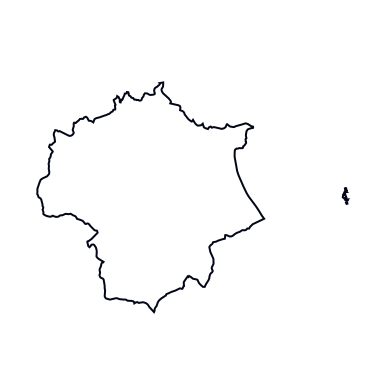 the district of Cam Lam, Khánh Hòa, Vietnam, rotated 351°
{"feature_id": "81297802B15274858883665", "entity_name": "Cam Lam", "entity_type": "district", "adm_level": 2, "iso_a3": "VNM", "parent_name": "Vietnam", "parent_adm1": "Khánh Hòa", "projection": "albers", "projection_center": [109.135, 12.074], "detail": "fine", "context": "isolated", "style": "outline", "palette": "ink", "viewbox_px": 384, "rotation_deg": 351, "n_neighbors": 0, "source": "geoboundaries", "source_scale": "gbopen_adm2", "svg_char_len": 5912}
<svg xmlns="http://www.w3.org/2000/svg" viewBox="0 0 384 384"><g transform="rotate(351 192 192)"><path d="M262.5,137.0L261.0,136.4L257.9,133.7L256.0,132.7L255.3,132.6L251.4,133.2L246.9,133.7L245.3,133.9L244.0,134.4L243.2,134.4L239.9,133.3L239.2,132.7L238.5,131.8L237.2,130.5L236.9,130.6L235.5,133.0L234.0,133.9L232.3,134.3L231.4,134.3L230.7,134.1L224.1,131.4L223.1,131.3L221.8,131.6L221.5,131.5L221.0,130.5L220.7,130.3L218.9,130.8L217.6,132.3L215.1,131.0L214.2,130.2L213.8,129.7L213.3,126.2L211.6,127.4L210.2,127.5L208.7,127.4L207.8,127.2L206.3,125.5L205.1,123.1L204.3,120.9L203.0,122.3L202.3,122.2L199.8,119.5L196.9,114.2L196.7,112.7L196.4,111.9L195.4,110.7L193.0,109.3L193.8,106.7L193.4,105.1L192.3,104.3L184.4,101.1L185.2,100.0L185.3,99.6L184.9,98.1L183.6,95.9L178.9,90.0L178.2,88.5L177.9,87.3L177.9,86.1L178.3,85.3L179.8,83.5L180.1,82.5L180.7,79.3L177.0,79.4L177.4,80.0L176.5,81.1L175.6,81.5L174.2,82.5L172.4,83.2L171.3,83.9L170.6,85.5L170.4,86.3L170.7,88.7L170.5,89.3L170.1,89.6L169.0,89.8L166.4,89.7L165.2,89.3L163.2,87.7L162.4,87.4L160.9,87.2L159.8,88.3L158.9,90.1L157.3,91.5L156.6,93.1L155.7,93.6L154.3,93.5L153.1,92.6L151.8,92.6L150.8,91.9L149.6,91.8L149.2,91.4L148.6,90.0L147.0,89.4L146.1,87.7L145.0,87.0L144.8,86.6L144.9,84.5L144.7,83.5L143.3,83.1L142.8,84.4L141.0,84.3L140.1,86.3L139.2,87.4L137.9,89.7L137.5,90.1L136.9,89.7L136.7,89.8L136.3,90.2L135.7,92.1L135.5,92.4L135.1,92.3L134.8,91.8L134.8,90.9L135.2,89.6L135.2,89.1L134.5,87.9L134.5,86.9L133.1,85.6L132.7,86.6L132.1,87.4L130.2,88.4L129.2,88.7L129.0,89.3L130.1,94.0L129.4,94.4L129.2,98.2L129.0,98.5L127.2,98.5L126.9,99.2L126.2,100.0L124.6,100.5L122.7,101.8L121.0,102.1L119.3,102.6L118.2,102.7L112.4,103.8L109.0,104.1L107.2,104.7L105.4,107.8L103.9,106.4L103.1,106.0L101.2,105.4L100.2,102.4L99.7,101.7L99.0,101.1L98.6,101.1L96.9,101.6L96.3,102.4L95.7,102.8L94.5,102.4L92.6,102.4L91.2,103.7L89.3,104.7L87.9,105.7L87.2,105.3L86.4,105.1L86.0,105.6L85.8,106.2L85.5,108.6L83.9,111.9L84.4,114.6L84.4,115.2L84.1,115.7L83.4,116.4L82.2,117.2L80.9,117.5L79.9,117.4L79.1,117.1L70.7,111.1L69.5,111.3L69.1,111.1L68.2,110.0L66.6,109.5L65.9,110.8L64.9,112.1L64.6,112.9L64.4,114.0L64.7,116.6L64.6,120.8L64.2,121.2L62.6,122.0L60.8,123.4L59.0,123.0L57.8,125.2L60.8,130.1L60.8,130.4L58.6,132.6L58.0,134.6L57.5,135.6L56.1,137.0L55.9,139.4L54.8,141.6L54.8,143.9L54.1,146.9L54.2,149.6L53.9,151.2L53.6,151.9L51.4,153.8L46.6,155.2L44.5,156.2L42.9,158.7L39.8,164.7L39.2,168.3L38.8,169.9L39.4,171.2L39.5,172.8L39.8,173.3L41.3,174.5L41.9,175.9L42.4,180.8L42.2,182.5L42.7,183.8L42.6,184.5L41.7,186.0L42.1,188.4L41.9,189.9L41.7,190.3L42.2,191.1L44.1,192.6L45.3,193.2L47.7,194.2L49.5,194.2L50.2,193.7L50.9,193.7L52.4,194.7L53.6,195.2L55.1,195.5L56.2,195.4L58.0,194.5L60.3,194.7L63.3,193.9L64.4,193.9L65.9,194.4L67.0,194.6L68.7,194.5L70.8,196.3L73.0,197.7L73.8,199.0L74.1,200.4L78.5,202.7L79.5,203.5L80.0,204.0L81.4,206.6L82.1,207.0L83.5,206.7L84.4,206.9L85.1,207.5L86.4,209.8L89.4,214.0L90.4,214.9L91.8,215.2L92.2,215.6L92.4,217.4L92.1,217.7L85.4,222.7L82.4,224.2L81.0,224.5L80.8,224.7L81.1,229.2L82.1,230.5L83.4,229.5L84.3,228.5L84.9,228.3L86.2,228.4L87.0,228.9L87.6,230.0L88.4,231.8L88.7,234.4L88.5,236.6L87.6,240.5L87.7,241.1L88.2,242.1L89.5,243.6L93.7,247.2L93.2,247.7L92.3,247.7L91.7,248.1L91.1,249.2L90.5,250.9L88.7,253.9L88.5,254.6L88.6,257.2L88.4,258.0L87.8,259.1L87.6,260.0L88.1,261.8L88.5,262.4L90.3,263.5L91.0,264.6L91.1,269.9L91.0,271.5L90.7,273.3L90.8,275.5L89.5,281.1L89.5,281.9L90.3,283.6L93.8,285.3L94.3,285.4L100.4,285.0L101.8,285.4L103.6,286.5L107.5,287.5L109.8,287.9L111.4,289.3L115.2,290.1L116.7,290.7L117.5,291.4L117.6,293.0L119.2,292.3L120.6,292.2L121.0,292.3L121.7,293.0L122.1,293.2L125.6,293.2L126.6,293.3L127.7,293.8L128.9,294.4L130.1,295.5L130.8,296.4L131.9,299.0L135.7,304.7L136.2,304.0L136.8,301.8L138.0,300.1L139.1,299.2L141.1,295.4L142.7,293.8L145.1,292.3L150.0,290.1L150.6,289.0L156.4,287.4L160.0,286.8L164.5,285.4L165.2,285.3L166.9,286.1L167.3,286.1L168.3,284.9L168.9,283.7L169.4,283.6L169.6,280.8L169.9,279.6L170.6,278.8L174.5,274.7L175.2,275.4L175.9,274.5L177.4,275.6L179.4,277.8L183.1,279.2L183.6,279.6L183.9,280.3L184.5,282.6L184.9,283.5L186.8,286.1L188.0,287.4L189.7,287.7L191.3,285.3L194.5,281.7L195.5,280.1L196.0,278.3L196.9,276.4L197.6,275.5L199.3,274.4L200.0,273.6L200.1,272.8L199.6,271.3L199.6,270.3L199.8,269.5L201.9,266.5L202.1,266.0L202.7,261.4L200.7,253.9L200.5,249.1L201.7,247.7L203.9,246.5L205.0,244.9L208.1,244.8L210.3,244.1L214.9,243.4L217.1,243.3L218.1,239.8L219.1,239.9L222.5,241.9L223.8,242.0L225.2,241.7L227.6,240.3L229.8,239.4L233.2,238.7L235.3,237.7L236.1,237.6L238.1,238.1L239.8,237.7L240.9,236.7L242.7,237.0L243.9,235.5L247.0,233.3L259.1,229.7L257.5,226.7L254.9,220.4L252.8,215.9L247.4,205.6L245.9,202.0L243.7,194.7L240.7,183.2L239.9,178.7L239.6,164.1L239.8,162.5L240.4,159.4L240.9,157.4L241.3,156.9L242.8,156.1L244.3,156.3L245.6,156.0L248.2,156.6L249.1,156.4L249.4,156.1L249.7,154.9L251.0,154.3L253.1,152.1L253.2,150.7L252.9,150.4L253.2,149.2L253.1,148.4L253.7,147.6L254.2,147.3L254.0,145.0L254.4,143.2L254.9,142.1L255.0,141.3L255.3,140.6L256.6,139.1L257.5,138.7L260.9,138.2L262.2,138.3L262.5,137.8L262.5,137.0ZM343.9,214.7L343.7,214.5L343.5,215.0L342.7,215.7L341.8,217.2L340.9,218.2L340.1,220.8L340.8,221.6L341.2,221.9L341.3,222.2L342.0,223.1L342.3,224.1L342.8,224.4L343.6,224.6L344.5,224.5L344.4,224.0L344.8,223.7L343.9,223.6L343.3,223.3L342.4,223.3L342.6,222.9L343.4,223.0L343.7,222.2L343.5,220.9L343.0,220.9L343.4,220.4L343.0,219.6L342.9,219.3L343.1,218.9L342.9,218.4L342.8,218.2L342.3,218.4L342.5,217.9L342.3,217.4L342.4,217.2L343.0,216.8L344.2,216.3L344.7,216.3L344.4,216.0L344.8,215.6L344.9,215.3L344.7,215.2L345.2,215.0L345.2,214.6L344.7,214.5L343.9,214.7ZM344.1,214.0L344.6,213.5L344.9,212.5L344.8,212.3L344.4,212.1L343.6,212.3L343.6,213.7L344.1,214.0ZM343.4,226.2L342.8,226.2L342.3,226.6L342.8,227.9L343.7,227.8L343.5,226.6L343.6,226.4L343.4,226.2Z" fill="none" stroke="#020617" stroke-width="2"/></g></svg>